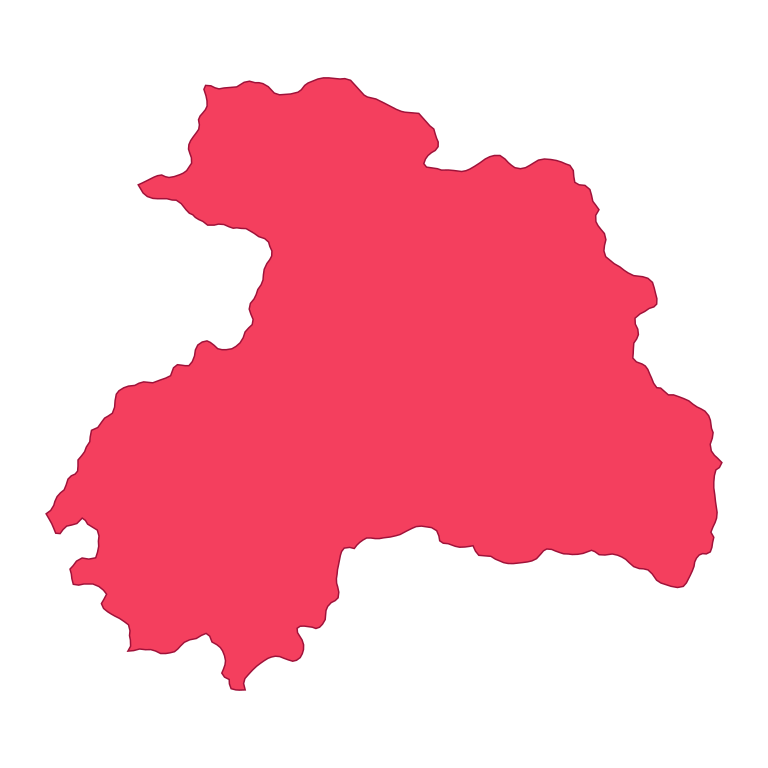 Pedra Azul, Minas Gerais, Brazil (Robinson projection)
{"feature_id": "56859067B52698506217468", "entity_name": "Pedra Azul", "entity_type": "district", "adm_level": 2, "iso_a3": "BRA", "parent_name": "Brazil", "parent_adm1": "Minas Gerais", "projection": "robinson", "projection_center": [-41.204, -15.954], "detail": "fine", "context": "isolated", "style": "filled", "palette": "rose", "viewbox_px": 768, "rotation_deg": 0, "n_neighbors": 0, "source": "geoboundaries", "source_scale": "gbopen_adm2", "svg_char_len": 6050}
<svg xmlns="http://www.w3.org/2000/svg" viewBox="0 0 768 768"><path d="M203.9,89.3L206.0,95.8L207.0,100.8L207.1,106.1L205.4,109.7L202.9,112.8L200.1,116.0L198.5,119.7L199.4,124.9L198.7,129.3L196.5,132.5L193.2,136.9L190.6,140.7L188.9,144.6L188.5,149.1L189.8,153.2L191.4,157.7L191.6,163.2L188.8,167.4L186.6,170.7L183.3,173.1L180.0,174.6L174.2,176.6L169.0,177.5L165.4,176.7L161.7,175.0L157.5,175.7L154.0,177.1L142.6,182.8L138.2,184.8L143.1,193.0L147.3,196.5L152.9,198.4L157.3,198.7L166.8,198.7L172.1,200.0L176.3,200.2L181.3,203.7L186.0,209.7L189.3,213.2L192.7,214.7L195.3,217.4L198.7,219.5L202.9,221.4L207.6,225.1L214.3,225.1L218.5,224.1L223.9,224.5L229.1,226.8L233.2,228.2L236.8,227.8L241.2,228.4L246.1,228.6L254.1,233.3L258.7,236.6L264.7,238.6L268.6,242.1L269.8,246.3L271.9,251.0L271.7,256.0L269.8,259.6L266.9,263.5L264.2,269.3L263.4,274.8L263.0,280.0L261.1,284.8L257.8,289.5L256.2,294.5L254.0,299.0L250.4,303.4L249.2,309.1L250.9,314.2L253.1,319.4L252.2,324.6L248.7,327.9L245.1,331.9L243.2,337.7L240.1,342.8L236.0,346.4L231.8,348.8L226.2,349.7L222.0,349.7L217.7,348.7L214.1,345.3L210.3,342.4L207.0,340.9L202.2,342.0L197.8,345.0L195.4,349.9L194.5,356.0L192.3,361.6L188.9,365.7L185.2,365.7L181.0,365.1L177.4,364.7L173.5,367.8L170.6,375.7L165.7,378.1L159.7,380.2L152.8,382.8L143.7,381.9L139.0,383.2L134.8,385.4L128.5,386.1L123.7,387.8L119.0,390.7L116.3,394.2L115.1,400.6L114.6,407.2L112.4,413.2L108.1,416.1L104.6,418.1L101.7,422.0L97.8,427.5L91.5,430.3L90.2,437.0L89.8,441.7L86.3,447.1L84.6,451.7L81.8,455.5L78.0,460.0L78.0,466.1L77.6,471.1L75.1,474.1L71.3,475.8L68.0,479.1L66.1,485.1L64.1,489.9L60.5,492.8L57.1,496.6L54.9,501.4L53.8,505.3L50.7,510.4L46.1,513.8L48.9,518.6L51.7,523.6L53.6,528.0L55.7,533.2L60.1,533.6L63.0,529.6L66.7,526.1L71.7,525.0L76.9,523.5L82.2,518.1L85.4,520.4L87.6,524.1L97.3,530.1L99.0,536.0L98.4,541.1L98.7,546.3L97.5,552.3L95.7,557.8L88.8,559.1L82.1,558.0L76.5,561.1L73.2,565.6L70.0,569.1L71.3,573.9L71.9,578.8L73.3,584.3L78.7,585.1L83.8,584.0L92.9,584.0L98.9,586.5L103.5,590.2L106.6,594.2L103.9,599.3L101.4,603.6L103.6,608.5L107.7,611.8L111.2,614.0L114.7,616.0L119.5,618.4L124.1,621.5L128.5,624.8L130.0,630.8L129.5,635.6L130.4,640.0L130.6,646.2L127.9,651.1L133.7,650.6L139.6,649.0L145.5,649.7L150.8,649.6L155.5,651.0L160.6,653.5L165.9,653.5L170.1,652.8L174.5,651.7L177.8,649.0L180.5,646.0L184.3,642.3L189.7,639.8L196.3,638.5L201.4,635.4L206.1,633.4L209.7,636.1L212.0,642.0L216.9,644.7L220.3,647.5L222.6,650.9L224.5,655.7L225.5,660.7L225.0,664.8L223.4,669.3L221.8,673.1L224.5,677.1L229.2,679.5L229.4,683.9L231.1,688.7L235.9,689.9L239.4,690.1L245.2,689.9L243.6,683.5L244.9,678.6L248.1,674.9L252.3,670.3L256.5,666.3L260.3,663.4L264.0,660.8L268.0,658.3L271.5,657.0L275.4,656.2L279.8,656.6L284.0,658.3L288.4,659.9L292.7,661.2L296.5,660.3L300.2,657.6L302.3,653.7L303.5,649.6L303.6,644.8L302.1,640.0L297.5,632.6L297.1,628.3L300.2,626.2L304.2,626.1L312.3,627.2L315.9,628.5L319.6,627.2L322.5,624.2L325.2,619.6L326.0,610.5L327.7,606.4L331.2,602.6L335.2,600.6L338.1,597.8L338.8,592.2L337.7,586.9L336.6,583.2L336.4,578.7L337.1,574.1L337.5,569.7L338.4,565.5L340.4,555.3L341.6,551.5L344.2,548.1L349.7,547.4L354.3,548.5L356.8,545.2L359.7,542.4L363.0,540.0L366.6,538.0L371.0,538.0L375.3,538.6L379.3,538.6L383.7,537.8L390.3,537.0L396.0,535.7L400.1,534.5L406.5,531.1L411.9,528.4L416.1,526.6L421.4,526.1L431.6,527.6L436.7,530.7L438.9,536.0L439.7,540.8L443.2,543.2L448.2,543.7L455.3,546.3L459.5,547.2L464.9,547.0L469.4,546.4L473.0,545.7L475.5,551.2L478.8,555.3L486.8,556.0L490.9,556.3L495.3,559.1L500.1,561.1L503.6,562.6L508.1,563.5L513.2,563.6L522.3,562.6L527.5,561.9L531.9,560.9L536.5,558.7L540.8,554.0L543.5,550.8L546.7,549.0L551.7,549.4L555.4,551.0L559.6,552.5L563.6,553.8L568.3,554.0L572.3,554.5L577.7,554.3L583.1,553.4L591.5,550.3L594.8,551.6L599.1,554.7L605.0,555.0L612.3,554.0L617.6,555.2L621.8,557.0L625.8,559.4L629.1,562.6L633.7,566.6L639.3,568.6L643.4,568.8L648.0,569.9L652.2,573.9L656.6,580.2L660.9,583.0L671.0,586.3L677.5,587.5L683.3,586.4L686.4,582.9L690.2,575.4L692.3,570.9L694.0,566.4L694.7,562.0L696.5,558.1L699.2,555.0L702.5,553.6L706.3,553.9L710.3,551.9L711.9,547.4L712.6,542.6L713.8,537.3L710.9,532.2L713.0,526.9L715.1,522.5L716.6,518.1L717.1,512.4L715.5,501.6L714.8,495.0L713.8,487.9L713.8,482.1L714.4,475.6L715.9,469.9L719.4,467.5L721.9,462.6L717.7,458.3L714.4,455.3L711.3,450.9L710.2,444.3L712.3,438.2L713.1,432.6L711.5,428.4L710.4,420.3L708.7,415.7L705.0,411.2L700.9,408.8L697.1,407.0L692.8,404.1L688.9,400.9L683.8,398.6L678.8,396.7L673.6,394.9L668.4,394.9L664.3,391.3L660.7,388.1L656.8,387.7L653.6,383.2L651.5,377.9L649.8,374.2L647.8,369.4L645.3,366.0L642.1,364.0L636.4,361.9L632.8,358.0L633.2,353.5L633.4,348.8L633.8,343.1L636.7,338.9L638.4,334.6L637.8,329.2L635.3,324.1L635.0,318.2L640.0,313.9L644.7,311.5L649.2,308.4L653.9,306.9L656.7,304.1L656.9,298.7L655.6,293.7L654.2,287.9L652.5,282.4L647.9,278.3L642.7,276.7L633.6,275.6L627.7,272.7L623.9,270.1L620.0,267.0L614.2,263.7L605.7,256.7L603.9,250.9L604.5,245.4L605.9,239.7L604.4,233.5L601.1,229.6L598.0,225.6L595.9,221.6L595.7,215.4L599.0,209.7L595.7,205.1L592.8,201.3L591.5,195.1L589.9,189.5L585.0,185.4L579.1,184.8L574.8,182.3L573.8,176.6L573.3,170.5L569.9,165.4L565.7,163.9L561.6,162.1L556.5,160.5L550.8,159.5L544.4,159.0L538.4,160.1L533.9,162.8L529.7,165.4L525.5,167.7L520.4,168.7L514.9,167.7L511.6,165.4L508.3,162.6L505.0,159.0L500.0,155.5L494.3,155.5L489.8,156.7L485.2,159.0L480.0,162.8L474.6,166.3L469.8,169.1L466.0,170.7L461.7,171.5L453.8,170.5L448.3,170.0L441.5,170.1L437.4,168.7L426.5,167.1L423.8,163.6L425.5,159.0L428.0,155.5L431.5,152.6L435.3,150.4L438.1,146.7L438.2,142.0L436.6,138.3L435.3,134.3L433.8,129.0L429.9,125.9L418.8,113.4L404.9,112.2L401.4,111.4L396.4,109.4L386.2,104.1L376.0,99.0L367.4,97.0L364.1,95.1L350.6,80.3L344.8,78.6L340.0,79.0L329.0,77.9L323.3,77.9L317.9,79.0L308.0,83.0L304.7,85.4L301.3,89.8L298.0,92.2L290.5,94.0L279.5,94.8L274.3,93.1L268.3,86.7L262.9,83.6L259.0,82.7L255.1,82.7L249.5,81.2L244.1,82.3L236.7,86.9L223.8,88.0L219.0,88.9L215.0,87.8L210.9,85.8L205.6,85.4L203.9,89.3Z" fill="#f43f5e" stroke="#9f1239" stroke-width="1.5"/></svg>